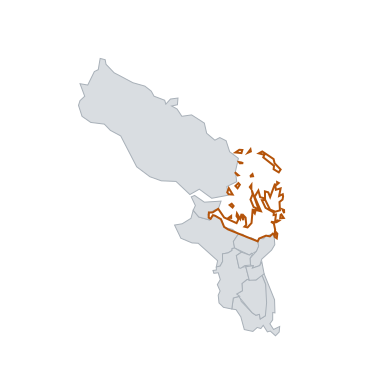 Greece highlighted, Mercator projection, rotated 218°
{"feature_id": "GRC", "entity_name": "Greece", "entity_type": "country or territory", "adm_level": 0, "iso_a3": "GRC", "parent_name": "Europe", "parent_adm1": "", "projection": "mercator", "projection_center": [23.941, 38.339], "detail": "medium", "context": "with_neighbors", "style": "outline", "palette": "amber", "viewbox_px": 384, "rotation_deg": 218, "n_neighbors": 9, "source": "natural_earth", "source_scale": "50m", "svg_char_len": 4979}
<svg xmlns="http://www.w3.org/2000/svg" viewBox="0 0 384 384"><g transform="rotate(218 192 192)"><path d="M126.7,147.9L129.5,153.6L155.6,155.4L160.6,151.9L172.3,148.7L185.4,155.2L180.2,160.9L176.6,170.6L179.8,178.3L171.2,176.5L161.1,180.7L161.0,187.3L151.9,188.5L144.9,183.9L137.0,187.5L129.6,187.2L128.9,178.4L123.9,174.1L125.6,172.2L124.5,170.5L126.1,166.2L129.9,162.0L125.1,156.1L124.2,151.0L126.7,147.9Z" fill="#d9dde1" stroke="#a8b0b8" stroke-width="1"/><path d="M346.6,240.7L341.9,242.8L338.4,239.7L326.8,238.0L305.9,241.7L294.4,246.4L286.2,246.4L280.9,244.1L270.0,247.5L266.7,245.1L266.2,252.0L260.9,257.4L257.2,251.8L261.0,247.2L254.9,248.2L246.6,245.4L239.8,252.5L224.7,253.9L216.6,247.3L205.9,246.9L203.6,252.0L196.7,253.4L187.1,246.9L176.2,247.1L170.3,234.7L163.1,227.7L167.9,217.8L161.6,211.6L172.6,199.2L188.0,198.7L192.1,188.7L211.1,190.5L223.1,181.9L234.6,178.1L251.1,177.8L282.7,192.3L294.3,190.3L302.9,191.5L314.6,184.5L325.2,183.9L334.8,190.4L336.5,195.0L335.5,201.4L346.9,208.4L340.0,212.1L343.1,226.8L341.2,230.7L346.6,240.7ZM161.1,180.7L171.2,176.5L179.8,178.3L181.0,183.4L189.6,187.7L187.8,190.9L176.0,191.6L163.5,202.7L160.5,193.9L162.8,192.5L165.9,184.2L161.1,180.7Z" fill="#d9dde1" stroke="#a8b0b8" stroke-width="1"/><path d="M110.4,193.7L110.2,197.1L107.0,199.0L106.4,203.3L101.7,209.6L94.3,201.4L93.5,195.2L95.7,182.1L93.3,175.7L97.6,169.1L98.3,171.6L100.9,170.4L105.4,175.4L104.8,184.8L106.3,190.5L110.4,193.7Z" fill="#d9dde1" stroke="#a8b0b8" stroke-width="1"/><path d="M66.1,115.8L76.7,123.7L84.9,126.4L88.6,124.3L94.2,133.9L90.3,139.2L85.8,136.1L70.4,133.9L65.8,134.2L63.6,137.1L60.0,133.9L58.0,139.7L77.1,164.5L85.9,169.6L84.8,171.9L60.6,157.9L52.2,147.8L54.2,146.7L49.7,140.9L49.5,136.1L43.1,133.9L40.1,140.0L37.1,135.3L37.7,130.1L44.7,130.6L46.5,128.2L53.8,130.8L53.7,126.8L57.2,125.4L58.2,119.6L66.1,115.8Z" fill="#d9dde1" stroke="#a8b0b8" stroke-width="1"/><path d="M85.9,169.6L77.1,164.5L65.0,150.6L58.0,139.7L60.0,133.9L63.6,137.1L65.8,134.2L70.4,133.9L94.0,139.1L91.5,145.3L96.3,150.6L94.8,157.1L87.4,162.1L85.9,169.6Z" fill="#d9dde1" stroke="#a8b0b8" stroke-width="1"/><path d="M123.9,174.1L128.9,178.4L129.6,187.2L126.1,189.9L120.7,189.7L116.9,192.5L110.4,193.7L106.3,190.5L104.8,184.8L107.8,177.7L123.9,174.1Z" fill="#d9dde1" stroke="#a8b0b8" stroke-width="1"/><path d="M88.6,124.3L96.2,120.5L102.4,121.2L107.8,126.8L108.9,131.3L115.0,134.6L115.8,140.4L121.6,144.5L124.7,141.4L127.2,143.1L124.8,145.5L126.7,147.9L124.2,151.0L125.1,156.1L129.9,162.0L126.1,166.2L124.5,170.5L125.6,172.2L123.9,174.1L115.9,175.1L117.9,169.2L108.3,161.2L102.8,167.4L103.6,166.2L92.5,157.7L94.8,157.1L96.3,150.6L91.5,145.3L94.0,139.1L90.3,139.2L94.2,133.9L88.6,124.3Z" fill="#d9dde1" stroke="#a8b0b8" stroke-width="1"/><path d="M103.6,166.2L98.3,171.6L97.6,169.1L93.3,175.7L94.0,180.0L84.8,171.9L87.4,162.1L92.5,157.7L103.6,166.2Z" fill="#d9dde1" stroke="#a8b0b8" stroke-width="1"/><path d="M106.1,180.3L105.4,175.4L100.9,170.4L105.2,166.4L106.6,161.9L108.3,161.2L117.9,169.2L115.9,175.1L107.8,177.7L107.4,180.4L106.1,180.3Z" fill="#d9dde1" stroke="#a8b0b8" stroke-width="1"/><path d="M163.1,182.1L166.1,186.3L163.2,188.5L161.0,194.9L151.0,191.7L137.7,194.9L138.7,199.3L142.1,200.4L143.4,202.8L137.3,200.4L139.5,205.2L134.3,201.3L136.8,205.2L134.0,204.8L129.0,199.5L129.3,197.0L126.4,198.3L126.0,204.2L133.3,215.4L131.6,216.3L131.7,214.3L129.3,213.7L130.7,217.1L125.8,219.3L139.7,226.8L140.6,234.0L135.1,229.9L130.4,231.8L134.9,237.4L131.7,238.7L127.3,236.1L131.7,249.7L127.3,245.4L124.4,249.4L120.9,242.5L119.1,246.1L117.5,244.6L116.0,241.8L116.9,238.0L111.4,231.7L114.2,227.8L119.7,226.2L129.3,230.8L131.9,228.6L124.3,224.8L114.9,226.2L113.5,224.1L112.0,225.9L107.9,219.2L111.4,217.2L108.0,217.5L103.2,213.4L100.3,208.5L102.7,208.9L103.3,205.0L106.8,203.2L110.5,196.6L109.8,193.6L140.6,184.7L145.2,184.3L152.5,188.4L159.2,187.5L161.3,186.5L160.8,182.3L163.1,182.1ZM135.7,260.9L141.7,260.2L143.5,263.1L157.2,263.2L157.8,265.9L163.1,263.6L161.6,267.2L148.0,268.2L144.6,265.5L136.0,264.3L135.7,260.9ZM134.2,218.1L141.3,222.1L142.8,227.5L145.8,230.1L128.8,219.3L134.2,218.1ZM164.0,213.4L165.4,217.7L158.4,215.0L161.6,212.8L164.0,213.4ZM178.2,256.1L177.0,253.1L182.1,249.9L180.7,254.4L178.2,256.1ZM160.9,227.6L158.8,227.2L158.4,223.0L161.5,223.5L160.9,227.6ZM106.3,225.5L108.1,228.5L107.8,229.4L103.7,228.0L106.3,225.5ZM101.0,212.0L99.1,211.7L96.7,207.7L99.5,207.6L101.0,212.0ZM154.3,204.9L153.5,207.2L150.6,206.6L150.5,204.7L154.3,204.9ZM166.3,233.1L170.4,234.0L165.7,233.8L166.3,233.1ZM147.2,194.4L146.4,197.2L145.2,195.7L147.2,194.4ZM106.4,232.1L110.1,234.0L108.4,234.5L106.4,232.1ZM155.4,243.3L153.6,242.0L155.2,240.4L155.8,240.9L155.4,243.3ZM149.5,231.5L149.6,234.2L147.0,230.8L149.5,231.5ZM172.2,261.6L170.6,260.2L172.1,257.4L172.2,261.6ZM107.3,222.2L105.8,222.9L107.1,219.6L107.3,222.2ZM131.0,252.2L129.2,252.5L129.6,250.5L131.0,252.2ZM169.4,246.2L172.0,244.1L173.4,244.5L171.4,245.6L169.4,246.2Z" fill="none" stroke="#b45309" stroke-width="2"/></g></svg>